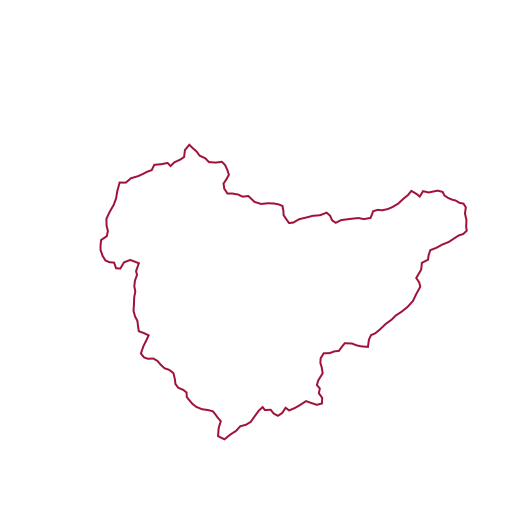 the district of Mairiporã, São Paulo, Brazil, rotated 217°
{"feature_id": "56859067B71773978858483", "entity_name": "Mairiporã", "entity_type": "district", "adm_level": 2, "iso_a3": "BRA", "parent_name": "Brazil", "parent_adm1": "São Paulo", "projection": "equal_earth", "projection_center": [-46.564, -23.328], "detail": "fine", "context": "isolated", "style": "outline", "palette": "rose", "viewbox_px": 512, "rotation_deg": 217, "n_neighbors": 0, "source": "geoboundaries", "source_scale": "gbopen_adm2", "svg_char_len": 2740}
<svg xmlns="http://www.w3.org/2000/svg" viewBox="0 0 512 512"><g transform="rotate(217 256 256)"><path d="M142.3,141.6L140.6,146.4L141.0,152.6L136.6,152.6L133.4,158.2L131.1,163.6L128.7,170.2L123.0,172.0L117.8,173.8L114.6,177.9L117.7,182.5L123.2,184.2L125.3,188.6L129.7,189.6L131.4,194.0L132.2,202.5L136.6,206.7L140.2,209.3L142.8,213.2L143.4,219.0L138.8,222.7L136.0,227.0L132.7,230.1L132.8,235.2L132.6,239.8L126.6,243.9L122.1,245.1L117.5,247.2L111.9,250.8L115.5,257.2L116.5,262.1L114.3,265.9L112.9,271.5L111.5,279.9L109.3,287.1L108.6,292.5L106.3,298.8L104.3,306.5L103.6,314.5L105.1,321.9L106.3,330.3L109.7,333.1L114.8,334.9L115.9,344.6L119.4,350.3L116.4,356.6L118.7,360.7L120.3,365.6L116.8,371.2L114.2,377.1L110.5,383.2L108.2,389.7L106.3,394.8L103.8,398.1L102.9,403.0L105.9,406.0L109.5,411.3L114.7,415.7L117.7,421.1L121.8,422.7L125.5,420.9L130.1,420.4L133.4,419.0L137.4,418.0L141.8,417.7L145.5,419.5L150.3,417.5L156.4,410.6L161.6,408.3L161.0,402.0L164.6,402.2L171.1,401.5L171.3,396.1L172.7,390.6L174.0,383.2L176.5,377.2L179.0,372.8L182.8,368.4L186.6,366.1L189.4,362.3L187.4,355.4L192.1,350.3L196.7,348.2L199.7,345.5L203.5,341.9L209.6,335.9L212.3,330.5L216.7,330.3L221.1,332.8L225.7,333.1L229.3,327.2L234.9,322.2L239.8,316.0L243.7,311.4L246.3,305.2L249.4,302.2L253.6,303.5L258.5,305.2L261.1,308.3L264.9,311.9L268.8,310.9L273.2,308.8L278.2,305.3L283.3,300.6L289.8,298.3L298.2,299.3L302.4,295.3L307.4,294.3L312.4,291.7L316.4,288.7L321.9,290.7L325.5,294.3L325.8,299.3L326.5,304.5L330.7,307.5L335.6,310.1L340.0,310.7L344.2,306.5L350.1,302.7L355.4,303.5L361.5,302.2L366.3,303.7L370.9,304.0L376.2,304.7L376.5,297.8L373.0,291.8L374.5,287.4L377.6,281.7L378.4,276.4L382.6,277.1L387.0,272.2L392.1,267.6L391.0,261.8L393.8,257.5L395.6,253.6L398.3,248.7L402.7,242.8L404.1,236.3L409.1,232.6L405.9,224.5L402.4,217.8L400.4,211.1L399.4,203.0L397.8,195.6L393.5,190.2L389.3,186.8L387.1,182.0L389.3,175.6L386.6,171.0L383.7,167.2L378.6,163.8L373.6,161.8L369.4,162.8L365.3,165.3L360.4,162.0L356.8,164.3L357.6,171.5L354.1,177.1L349.2,178.6L345.2,179.7L342.7,171.8L339.6,169.2L337.8,163.3L334.9,158.5L331.1,155.1L328.4,149.7L325.0,144.8L320.8,138.5L316.2,134.9L311.8,132.9L307.8,128.8L304.3,125.4L299.0,127.0L294.0,128.0L292.8,122.6L291.7,116.4L289.3,108.9L284.5,107.6L280.6,108.8L276.3,112.3L271.7,112.9L266.5,111.8L261.4,111.3L257.0,112.8L251.5,112.8L246.9,109.0L243.3,105.3L238.8,104.0L233.5,105.3L229.3,105.2L226.4,101.7L222.5,100.7L217.5,99.6L212.7,99.6L207.0,101.1L201.8,104.0L197.1,106.0L193.5,105.2L189.8,104.0L184.7,102.9L182.2,96.0L177.9,89.3L170.9,90.6L168.8,98.8L166.7,104.2L166.1,110.6L162.5,115.1L160.4,120.3L160.6,127.7L160.7,134.1L159.8,139.3L156.2,138.3L151.8,142.0L146.9,140.8L142.3,141.6Z" fill="none" stroke="#9f1239" stroke-width="2"/></g></svg>